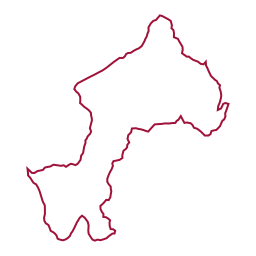 Gália, São Paulo, Brazil (Natural Earth projection)
{"feature_id": "56859067B22371947902737", "entity_name": "Gália", "entity_type": "district", "adm_level": 2, "iso_a3": "BRA", "parent_name": "Brazil", "parent_adm1": "São Paulo", "projection": "natural_earth1", "projection_center": [-49.584, -22.325], "detail": "fine", "context": "isolated", "style": "outline", "palette": "rose", "viewbox_px": 256, "rotation_deg": 0, "n_neighbors": 0, "source": "geoboundaries", "source_scale": "gbopen_adm2", "svg_char_len": 3086}
<svg xmlns="http://www.w3.org/2000/svg" viewBox="0 0 256 256"><path d="M44.1,217.5L44.3,220.6L45.7,223.2L48.3,224.9L49.4,227.2L50.6,230.8L53.5,232.4L55.3,233.9L56.8,236.1L57.6,238.7L59.9,239.6L62.8,240.3L65.4,239.5L67.4,238.3L69.8,236.1L71.1,233.2L72.5,231.4L74.3,227.9L75.8,224.8L77.0,222.2L78.3,220.2L79.6,217.9L82.0,215.7L84.8,217.8L87.8,221.9L88.6,225.4L88.3,230.6L88.6,233.6L90.9,237.4L92.6,239.7L94.9,240.6L97.5,239.6L100.4,240.2L103.5,239.3L106.6,238.2L108.3,236.6L110.4,235.0L112.4,233.6L114.5,233.5L115.2,230.7L113.2,229.3L110.7,229.1L109.7,226.1L109.5,222.7L110.1,220.3L108.6,218.9L106.2,217.3L103.3,216.9L103.5,214.1L101.7,211.6L100.5,208.9L100.4,205.9L102.3,204.3L104.3,202.2L106.2,199.9L108.7,200.1L110.3,197.3L110.8,194.1L111.3,191.3L110.8,188.9L110.7,186.5L108.7,184.2L107.3,181.9L107.3,178.8L108.3,175.9L110.0,172.0L111.5,169.5L112.9,165.9L112.3,163.5L113.5,161.1L115.7,160.7L119.5,159.9L122.4,158.0L122.3,155.4L123.5,150.7L125.8,149.0L127.1,147.3L127.3,144.8L129.2,142.5L127.5,138.9L128.3,135.1L131.1,132.3L131.9,128.5L135.9,128.2L137.9,128.8L141.2,129.4L143.7,130.1L145.5,130.8L148.2,131.6L154.5,124.5L156.9,124.2L161.7,123.9L165.1,123.4L169.0,123.5L172.0,123.1L175.4,122.9L176.7,120.8L178.4,119.8L180.8,116.1L184.4,122.9L186.8,122.5L190.6,123.2L192.4,124.8L193.9,127.7L197.3,128.8L201.0,131.7L204.8,135.5L208.5,135.5L210.5,134.1L211.5,131.0L213.5,130.5L216.4,129.9L218.6,127.7L220.1,126.0L221.3,123.1L222.5,120.6L224.1,119.5L225.4,116.5L225.2,113.2L226.1,111.0L227.2,107.8L228.5,103.9L225.4,103.0L223.2,103.9L221.1,108.4L217.8,110.0L218.2,106.2L219.8,102.4L220.9,98.1L221.3,95.6L220.7,91.6L219.4,87.7L220.0,85.2L218.0,83.5L216.9,81.1L215.1,79.9L213.0,77.9L211.0,76.0L209.5,72.9L208.1,69.8L207.2,67.7L206.0,65.4L205.8,61.8L203.6,64.3L200.6,63.8L198.1,61.7L195.9,60.9L193.1,59.8L190.6,58.1L188.9,56.6L186.9,56.7L184.3,54.9L182.0,53.2L182.7,49.8L182.5,46.9L181.2,44.6L179.7,42.2L177.9,38.8L173.9,37.2L174.0,33.0L173.4,30.0L171.5,28.3L171.9,25.2L170.7,20.9L168.1,19.2L165.3,17.7L162.6,16.2L159.9,15.4L158.1,17.5L156.0,20.0L153.4,20.8L150.9,23.3L148.5,27.3L148.6,31.1L147.5,33.6L146.6,36.8L145.4,38.8L144.5,41.1L143.4,43.1L141.7,46.1L138.9,48.3L136.5,49.3L133.4,51.0L130.8,52.8L128.0,53.0L126.1,54.1L124.8,56.5L122.8,58.0L119.6,57.9L114.4,61.5L106.1,68.0L102.4,70.5L100.2,71.6L94.4,74.7L90.3,76.7L77.7,83.3L75.3,86.2L74.3,89.1L76.4,91.8L78.3,93.3L80.2,96.7L80.3,100.4L80.1,103.1L81.7,104.4L84.4,107.0L86.5,108.4L88.9,110.3L90.9,112.8L91.1,115.5L91.8,118.3L91.9,120.6L90.9,124.2L89.9,128.3L91.1,131.4L90.3,133.5L87.6,136.5L86.8,138.6L85.4,140.3L85.5,143.0L84.3,146.2L83.5,150.6L83.1,153.0L81.1,155.8L80.6,159.7L77.8,163.7L75.5,165.1L73.1,164.3L70.8,163.8L68.5,165.1L66.0,166.8L63.7,165.3L61.0,165.8L57.5,165.3L53.4,164.7L50.3,166.5L46.6,167.1L44.7,167.7L43.0,169.9L39.9,170.6L37.6,171.0L34.4,173.0L31.9,172.9L30.1,171.2L27.5,168.7L27.9,172.0L28.1,175.4L29.9,177.4L31.1,179.1L32.5,181.4L33.7,183.0L36.2,184.4L38.2,187.9L39.7,191.5L40.8,195.1L41.8,198.4L42.5,200.7L43.5,203.0L44.8,205.4L44.9,209.1L44.9,214.2L44.1,217.5Z" fill="none" stroke="#9f1239" stroke-width="2"/></svg>